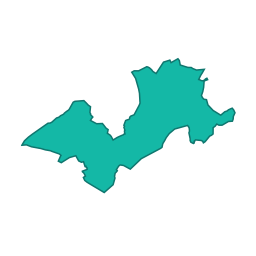 the district of Albasu, Kano, Nigeria, rotated 152°
{"feature_id": "59680162B46612932493253", "entity_name": "Albasu", "entity_type": "district", "adm_level": 2, "iso_a3": "NGA", "parent_name": "Nigeria", "parent_adm1": "Kano", "projection": "orthographic", "projection_center": [9.092, 11.645], "detail": "fine", "context": "isolated", "style": "filled", "palette": "teal", "viewbox_px": 256, "rotation_deg": 152, "n_neighbors": 0, "source": "geoboundaries", "source_scale": "gbopen_adm2", "svg_char_len": 2956}
<svg xmlns="http://www.w3.org/2000/svg" viewBox="0 0 256 256"><g transform="rotate(152 128 128)"><path d="M229.8,162.6L225.6,160.8L222.0,156.7L214.7,150.9L211.2,147.5L209.0,145.8L208.4,145.3L207.2,144.4L206.0,142.9L200.8,137.3L200.0,135.3L200.7,134.9L205.1,131.4L203.2,128.7L193.6,129.4L187.1,128.0L187.0,122.1L185.2,119.6L183.1,119.1L184.0,114.2L183.1,114.0L183.4,112.7L182.9,112.2L183.4,110.7L184.8,110.8L187.8,111.2L188.6,111.3L188.8,110.8L188.2,109.1L188.1,108.6L188.2,105.5L190.6,105.3L190.8,102.0L189.5,99.1L184.5,90.8L179.3,82.2L170.9,84.2L167.8,84.9L163.0,89.9L162.6,91.6L162.3,92.0L162.1,92.3L162.0,92.5L161.7,92.6L161.2,93.4L160.9,93.8L160.2,94.3L159.7,94.4L158.8,94.7L157.5,95.3L157.6,95.8L157.9,96.6L155.5,98.0L153.7,98.9L153.0,99.0L152.2,99.0L149.5,97.0L145.3,90.6L130.6,94.7L108.8,94.7L107.0,95.0L104.7,97.8L101.5,99.7L98.7,101.6L94.2,103.7L87.3,105.2L74.2,102.3L74.0,100.3L73.9,100.0L73.8,99.7L74.0,99.1L74.3,98.6L74.6,97.6L74.9,97.0L75.1,96.7L75.5,96.0L75.8,95.8L75.9,95.7L76.2,95.4L76.5,95.1L78.2,89.2L79.0,87.8L79.1,86.8L79.2,86.2L79.0,85.7L77.5,83.6L76.6,83.7L76.4,84.0L76.3,84.5L76.0,84.7L75.6,84.8L75.7,85.3L74.6,85.6L74.0,85.8L73.1,85.2L71.9,84.4L69.2,82.6L68.3,81.2L68.4,79.5L66.4,79.7L64.9,80.3L59.7,82.5L57.7,82.4L55.7,82.8L54.0,85.9L52.7,88.3L50.1,88.7L47.8,89.8L46.4,87.8L43.5,86.3L36.3,86.6L32.6,85.0L30.9,86.6L29.6,88.7L26.4,91.2L26.2,94.4L26.5,95.4L26.5,95.6L26.5,95.9L26.6,96.5L27.4,96.7L30.8,96.9L32.5,96.5L34.9,96.9L40.1,95.8L44.6,103.5L46.6,110.8L45.4,116.2L47.6,117.9L48.0,120.1L47.9,122.2L45.0,124.9L42.1,128.4L38.7,133.8L38.1,134.0L37.4,134.0L37.5,133.6L35.0,133.3L35.0,134.9L36.7,134.9L37.4,134.5L38.1,134.5L39.0,134.4L39.6,134.5L39.9,134.6L40.3,134.9L40.7,135.2L41.1,135.5L41.4,135.9L42.0,136.9L42.8,137.6L40.3,139.5L38.7,140.6L36.7,141.7L33.1,144.0L40.3,147.0L43.0,150.2L43.2,150.7L43.8,151.8L46.6,153.3L49.0,155.7L52.3,159.1L51.0,163.4L51.0,163.6L51.4,165.7L51.6,165.7L59.3,165.5L59.2,168.3L59.4,168.3L65.7,169.5L77.6,162.9L79.5,166.2L79.8,168.4L80.8,171.0L81.8,172.5L82.7,173.3L91.8,173.5L95.7,175.6L98.5,175.5L98.0,168.2L100.3,157.4L101.6,153.2L105.7,144.3L107.5,142.8L116.4,136.8L120.1,137.2L121.0,136.9L121.4,136.6L121.8,136.2L122.0,135.7L122.3,135.4L122.6,135.3L123.0,135.2L125.3,135.6L126.6,135.7L130.4,132.3L130.2,131.2L131.3,130.5L131.5,129.1L131.7,128.1L131.8,127.4L132.5,127.1L132.9,126.2L133.2,125.3L133.5,124.2L134.5,124.5L135.5,124.2L137.2,124.4L139.7,124.6L142.0,124.7L146.8,124.4L146.8,128.5L147.2,130.3L148.7,133.0L146.3,135.9L147.4,138.1L147.5,138.5L148.1,142.1L148.5,144.0L153.7,146.5L157.6,152.3L155.8,153.4L153.9,154.2L154.8,157.5L154.3,158.2L154.4,159.5L151.1,164.4L152.3,166.7L153.1,169.7L154.1,172.9L162.4,176.5L164.3,176.5L171.3,172.0L172.3,171.7L174.4,171.5L177.1,171.0L178.5,170.4L181.7,170.5L184.1,170.0L186.4,170.4L192.5,168.9L194.4,168.9L196.4,169.8L203.7,168.9L215.0,167.5L220.1,166.7L225.4,165.3L229.7,162.7L229.8,162.6Z" fill="#14b8a6" stroke="#0f766e" stroke-width="1.5"/></g></svg>